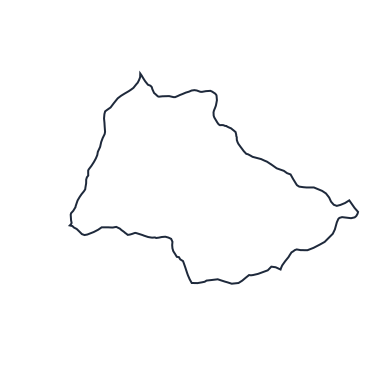 Mongar, Mongar, Bhutan (Natural Earth projection), rotated 230°
{"feature_id": "84629894B50826464910493", "entity_name": "Mongar", "entity_type": "district", "adm_level": 2, "iso_a3": "BTN", "parent_name": "Bhutan", "parent_adm1": "Mongar", "projection": "natural_earth1", "projection_center": [91.256, 27.269], "detail": "fine", "context": "isolated", "style": "outline", "palette": "slate", "viewbox_px": 384, "rotation_deg": 230, "n_neighbors": 0, "source": "geoboundaries", "source_scale": "gbopen_adm2", "svg_char_len": 3360}
<svg xmlns="http://www.w3.org/2000/svg" viewBox="0 0 384 384"><g transform="rotate(230 192 192)"><path d="M309.6,177.3L308.0,175.0L304.9,171.9L301.4,169.5L298.3,167.2L294.0,164.1L292.5,162.3L292.2,161.6L290.7,158.2L288.6,154.5L285.6,150.6L283.3,145.7L281.2,143.2L279.9,140.7L279.5,139.9L278.1,136.3L276.7,131.8L275.7,127.4L275.2,126.3L272.6,124.1L271.3,123.1L270.8,120.9L269.5,118.9L268.3,117.9L266.7,116.5L263.9,113.2L262.7,111.9L262.0,109.6L261.3,105.9L260.4,102.7L259.1,99.0L257.8,96.8L255.9,93.7L255.3,93.0L253.9,88.9L253.5,85.8L252.6,84.5L248.1,81.2L245.7,79.9L245.1,78.6L244.9,76.9L242.8,78.5L240.7,78.7L237.8,79.9L234.0,80.3L230.5,80.6L228.1,82.0L226.7,84.5L224.5,91.0L223.4,95.9L223.0,100.1L220.1,103.5L218.7,105.2L216.1,108.0L215.5,108.8L214.8,110.1L213.9,111.6L212.5,112.2L210.3,113.2L208.1,113.5L206.3,114.0L205.4,114.2L204.6,114.4L203.6,114.5L202.2,114.9L200.5,115.2L200.1,115.8L199.3,117.1L198.5,118.9L198.0,120.2L197.5,121.6L197.1,122.3L196.2,123.0L191.5,126.0L190.5,126.6L189.7,127.0L185.8,129.4L184.6,130.4L183.2,131.6L182.5,132.3L181.0,134.4L179.8,135.0L178.4,137.2L176.9,140.0L174.9,142.8L172.3,144.6L170.6,145.4L169.5,145.9L166.4,145.0L164.1,142.7L161.4,140.8L158.6,139.6L155.3,139.2L152.1,138.7L150.5,140.1L148.0,139.7L144.8,140.7L142.3,139.8L138.6,138.4L133.1,136.2L130.7,135.3L129.3,134.9L126.6,134.1L122.5,133.3L118.7,137.6L116.5,141.4L115.1,144.0L114.8,146.2L112.0,150.4L108.6,155.6L105.7,157.4L102.2,159.6L100.0,161.1L96.2,163.5L93.7,167.2L92.4,169.1L91.8,173.5L91.8,178.0L91.7,182.3L90.3,183.6L89.2,185.3L87.0,189.6L86.7,190.3L84.5,196.4L83.7,198.6L83.3,199.7L83.4,200.8L83.8,204.8L80.6,207.7L75.7,210.0L76.6,211.5L77.8,213.9L79.1,218.9L80.1,224.1L80.8,226.1L81.8,229.4L81.5,231.3L81.4,233.4L80.7,235.3L77.7,237.8L73.2,243.0L71.1,249.2L69.6,255.9L68.5,261.5L69.5,273.0L71.5,277.4L75.7,283.5L77.3,286.8L77.4,288.3L76.3,290.8L69.7,297.0L68.0,300.3L68.0,302.4L68.9,304.8L70.0,306.4L75.3,306.3L84.5,307.1L85.2,302.1L86.7,297.4L88.3,294.0L91.1,292.4L95.2,292.3L99.6,293.5L104.8,293.7L109.2,292.4L117.1,288.3L121.7,282.8L124.2,280.3L127.2,277.6L129.7,276.8L130.8,276.9L136.9,277.8L142.1,278.8L145.4,276.9L149.1,276.0L155.7,272.1L161.1,270.7L167.1,268.9L169.4,267.7L172.8,266.1L180.0,261.0L182.0,260.3L184.0,259.5L184.8,259.2L186.4,258.1L188.4,258.0L189.9,257.9L191.6,258.0L193.1,258.1L195.2,258.2L198.0,258.4L199.2,258.5L200.8,258.9L202.9,259.7L204.4,260.8L205.2,261.5L206.4,261.9L207.5,262.7L209.9,263.9L211.1,263.7L212.9,263.4L213.6,263.2L215.5,262.9L216.9,262.2L218.1,261.6L219.7,260.9L220.4,260.8L221.4,259.8L223.0,259.0L224.0,258.0L225.2,256.4L225.9,256.1L227.3,255.9L229.3,256.1L234.8,257.0L236.6,257.7L239.2,259.7L240.3,261.2L241.6,263.7L242.8,265.8L244.4,267.8L246.3,270.1L250.0,272.7L250.8,273.0L252.5,273.0L256.1,271.9L257.7,271.1L258.9,269.4L260.3,267.5L262.3,264.0L263.4,262.8L266.7,260.9L268.5,259.3L270.0,256.9L270.8,254.2L272.1,251.2L273.2,247.6L274.1,245.0L274.7,242.7L275.5,240.1L276.6,238.8L280.2,236.1L282.4,233.3L284.3,230.9L286.3,227.9L287.3,227.3L290.6,226.9L292.2,226.6L296.2,227.7L298.2,228.6L300.1,228.5L302.5,227.2L306.8,227.3L309.3,227.6L312.6,228.1L313.5,228.3L316.0,228.5L313.3,226.1L311.8,223.4L310.6,220.6L310.4,219.0L309.4,214.0L309.6,211.0L309.9,208.3L310.7,203.7L311.3,199.6L311.4,197.6L311.5,195.3L310.3,189.2L309.1,184.0L309.5,179.4L309.6,177.3Z" fill="none" stroke="#1e293b" stroke-width="2"/></g></svg>